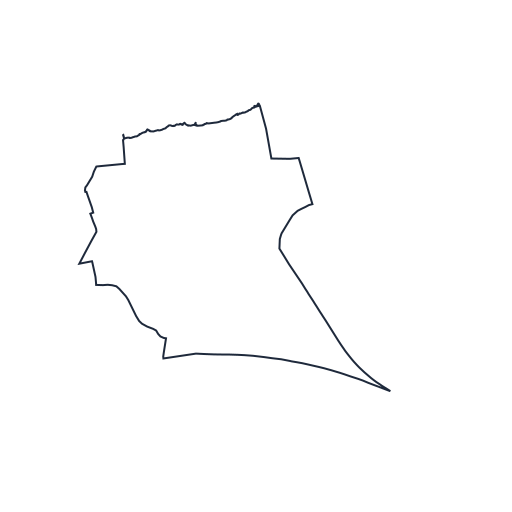 Sidi Gabir, Al Iskandariyah, Egypt (Albers equal-area conic projection), rotated 29°
{"feature_id": "37247803B76316502393625", "entity_name": "Sidi Gabir", "entity_type": "district", "adm_level": 2, "iso_a3": "EGY", "parent_name": "Egypt", "parent_adm1": "Al Iskandariyah", "projection": "albers", "projection_center": [29.945, 31.216], "detail": "fine", "context": "isolated", "style": "outline", "palette": "slate", "viewbox_px": 512, "rotation_deg": 29, "n_neighbors": 0, "source": "geoboundaries", "source_scale": "gbopen_adm2", "svg_char_len": 5519}
<svg xmlns="http://www.w3.org/2000/svg" viewBox="0 0 512 512"><g transform="rotate(29 256 256)"><path d="M186.6,122.8L186.1,122.5L185.8,122.8L186.1,123.1L185.9,123.2L185.8,123.3L185.0,124.0L185.0,123.9L184.8,123.9L184.7,123.9L185.1,123.6L185.3,123.4L185.4,123.1L185.4,122.8L185.3,122.4L185.0,121.9L184.8,121.6L184.6,121.5L184.4,121.5L184.1,121.6L184.0,122.0L184.0,123.7L184.1,124.7L183.9,125.1L183.2,125.8L183.0,125.6L182.8,125.6L182.6,125.4L182.4,125.4L182.2,125.3L181.9,125.5L181.9,125.9L182.4,126.4L182.4,126.5L182.5,126.9L182.4,127.0L182.2,127.3L181.4,127.9L181.1,128.3L180.9,128.6L180.8,128.8L180.7,129.4L180.5,130.1L180.4,130.4L180.3,130.6L180.1,131.0L179.8,131.3L179.2,131.8L179.0,132.0L178.8,132.4L178.7,133.0L178.5,133.3L178.3,133.7L177.9,134.1L177.7,134.3L177.2,135.1L177.0,135.5L176.7,135.8L175.7,136.7L175.5,136.8L175.4,136.8L175.3,136.7L175.2,136.7L174.9,136.9L174.8,137.0L174.7,137.4L174.6,137.5L174.4,137.6L174.2,137.9L173.8,138.4L173.7,138.5L173.6,138.8L173.4,139.0L173.1,139.2L172.9,139.3L172.6,139.3L172.4,139.4L172.3,139.6L172.1,140.8L172.0,141.0L171.5,141.5L171.4,141.6L170.6,141.5L170.5,141.4L170.7,141.0L170.6,140.9L170.0,141.7L170.0,141.8L170.0,142.0L169.0,143.9L168.7,144.5L168.5,145.0L168.3,145.3L167.9,146.3L167.9,146.5L167.8,147.2L167.6,147.3L167.5,147.9L166.9,148.8L165.9,149.8L165.6,150.1L165.2,150.2L164.8,150.6L164.7,151.1L164.5,151.6L164.3,151.8L163.6,152.4L163.1,152.8L162.8,153.0L162.4,153.2L161.2,154.0L160.9,154.2L160.4,154.6L160.0,154.9L159.8,155.1L159.7,155.5L159.5,155.8L159.4,155.9L159.3,156.0L159.2,156.0L158.5,156.8L158.0,157.3L156.3,158.7L155.5,159.2L150.5,162.9L149.9,163.2L149.7,163.4L149.4,163.4L149.0,163.5L148.5,163.6L148.3,163.8L148.2,164.2L148.2,164.5L147.9,164.9L147.6,165.1L147.1,165.4L147.0,165.5L146.9,165.7L146.9,166.0L146.8,166.4L146.6,166.5L146.4,166.7L146.2,166.9L146.2,167.2L146.0,167.3L145.8,167.7L144.2,168.8L141.6,170.5L141.1,170.7L140.2,170.9L139.9,170.7L139.2,171.1L138.8,171.2L138.8,170.5L140.0,170.5L140.0,170.2L138.8,170.3L138.8,169.0L138.6,169.0L138.6,171.2L137.7,171.7L137.5,171.9L135.7,173.7L133.9,174.4L133.2,174.6L133.2,174.9L131.5,174.9L130.5,174.8L130.1,174.7L129.6,174.6L129.4,174.4L129.2,174.2L128.8,174.2L127.9,176.4L128.3,176.6L128.3,176.8L128.1,177.0L127.9,177.1L127.6,176.9L127.4,176.7L127.1,176.7L126.7,177.1L126.3,177.2L126.0,177.2L125.9,177.1L125.7,177.1L125.4,177.4L125.4,177.9L125.3,178.0L124.9,178.3L124.4,178.7L123.8,179.0L123.0,179.2L122.9,179.3L122.6,179.8L122.3,180.2L122.0,180.9L121.9,181.2L121.8,181.6L121.7,181.7L121.5,181.8L121.1,181.9L121.0,182.0L120.8,182.1L120.7,182.4L120.4,182.6L119.8,182.8L119.3,183.0L118.1,183.1L117.8,183.2L117.3,183.5L117.0,183.7L116.4,184.2L116.3,184.4L116.2,185.1L116.1,185.3L115.4,186.6L115.0,187.8L115.0,188.1L114.5,188.7L114.1,189.1L113.5,189.7L113.2,190.1L112.6,191.1L112.3,191.4L111.0,192.7L110.3,193.2L110.1,193.3L109.9,193.3L109.5,193.3L109.1,193.5L108.8,193.8L108.5,194.2L108.1,194.6L107.9,194.7L106.1,196.6L105.7,196.9L103.5,198.0L103.4,197.9L103.1,197.9L102.9,198.0L102.7,198.2L102.5,198.3L102.3,198.3L102.2,198.2L101.9,197.9L101.7,198.0L101.3,198.0L101.1,197.9L100.1,197.9L99.7,197.9L99.6,198.0L99.5,198.3L99.6,198.6L99.7,199.1L99.5,199.4L99.5,199.5L99.4,199.7L99.5,199.8L99.5,200.0L99.5,200.6L99.4,200.8L98.8,201.6L98.6,201.8L98.3,201.8L98.0,202.3L97.5,202.7L97.0,203.3L96.4,204.2L96.0,205.0L95.6,205.7L95.1,205.8L95.0,206.1L95.0,206.3L95.1,206.5L95.1,206.8L94.9,207.2L94.4,207.9L94.0,208.8L93.5,209.3L93.2,209.5L92.6,209.9L92.0,210.4L91.8,210.7L91.5,211.1L91.3,211.3L91.1,211.4L90.9,211.5L90.7,211.9L90.1,212.6L89.6,213.1L89.3,213.4L88.8,213.7L88.3,214.0L88.1,213.9L87.6,214.0L86.3,214.8L85.8,215.1L85.7,215.3L85.4,215.6L85.0,215.9L84.8,216.1L84.6,216.4L84.5,216.5L83.8,216.9L83.7,217.0L81.3,214.5L81.2,214.7L83.6,217.1L83.6,217.6L83.7,218.0L83.7,218.7L83.5,219.1L84.8,221.0L87.5,225.0L96.6,239.0L94.0,240.7L73.6,254.7L73.0,255.2L73.3,260.8L74.3,266.1L73.9,276.2L73.5,278.7L74.6,281.6L75.7,282.7L76.6,282.1L79.7,284.9L88.7,292.9L92.6,297.0L90.6,299.3L93.9,302.1L96.9,304.8L101.2,308.2L103.1,309.9L104.7,312.2L104.7,322.7L104.9,336.0L105.2,348.4L115.1,340.1L116.0,341.0L123.2,349.2L125.5,351.8L126.1,352.6L129.0,356.9L130.2,358.8L136.4,355.6L138.5,354.2L140.4,353.0L144.4,351.3L148.6,350.2L152.6,351.1L153.1,351.3L161.8,354.3L165.6,356.4L180.2,366.6L185.3,369.5L189.1,370.5L195.0,370.5L201.3,369.6L204.8,369.6L208.2,371.6L211.4,372.7L215.0,372.4L217.2,371.6L222.1,385.0L223.6,388.9L224.7,390.5L250.8,370.5L259.1,366.4L267.2,362.3L274.1,358.6L280.3,355.2L288.3,351.1L294.0,348.3L301.8,344.7L312.3,340.4L319.6,337.6L328.1,334.1L336.7,331.3L338.2,330.9L343.5,329.0L345.3,328.4L348.2,327.4L354.3,325.6L358.5,324.4L364.7,322.6L370.2,321.1L373.6,320.3L377.3,319.4L382.4,318.3L385.5,317.6L390.7,316.6L397.0,315.5L405.1,313.9L410.0,313.1L415.7,312.5L437.1,309.4L439.0,309.1L438.3,309.0L429.2,308.5L426.4,308.2L422.3,307.9L419.3,307.5L416.1,307.0L411.2,306.0L407.3,305.2L400.6,303.5L398.6,302.9L397.0,302.4L394.9,301.7L393.1,301.1L390.4,300.1L386.2,298.4L383.1,297.1L380.1,295.8L373.1,292.3L368.9,290.1L348.8,279.0L343.7,276.3L341.7,275.2L339.2,273.9L336.1,272.2L333.4,270.7L330.4,269.1L328.1,267.8L320.3,263.7L318.1,262.4L315.2,260.9L309.5,257.7L288.9,247.2L279.2,241.7L272.9,238.2L268.6,229.6L267.7,225.6L267.4,223.8L268.0,208.5L268.3,202.7L270.5,196.3L270.9,195.7L272.9,192.7L275.4,189.2L277.6,185.8L280.2,183.3L275.4,178.6L271.5,174.8L259.3,162.8L248.5,152.2L245.8,149.6L238.5,154.6L232.5,157.8L222.2,163.3L203.1,139.8L186.6,122.8Z" fill="none" stroke="#1e293b" stroke-width="2"/></g></svg>